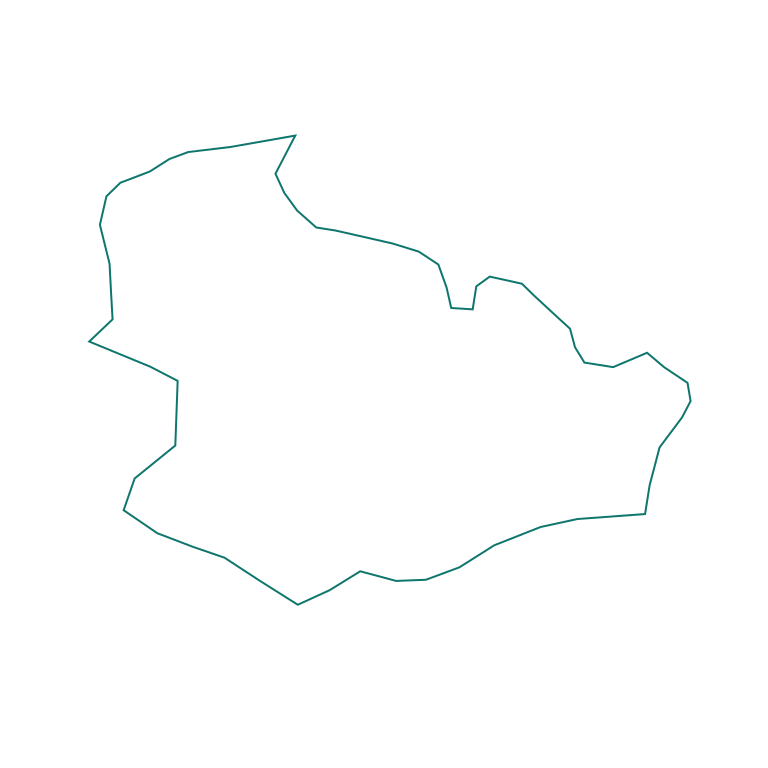 Gijang-gun, South Gyeongsang, South Korea, rotated 279°
{"feature_id": "91817680B54012703126739", "entity_name": "Gijang-gun", "entity_type": "district", "adm_level": 2, "iso_a3": "KOR", "parent_name": "South Korea", "parent_adm1": "South Gyeongsang", "projection": "mercator", "projection_center": [129.209, 35.283], "detail": "fine", "context": "isolated", "style": "outline", "palette": "teal", "viewbox_px": 768, "rotation_deg": 279, "n_neighbors": 0, "source": "geoboundaries", "source_scale": "gbopen_adm2", "svg_char_len": 903}
<svg xmlns="http://www.w3.org/2000/svg" viewBox="0 0 768 768"><g transform="rotate(279 384 384)"><path d="M379.8,86.2L364.5,150.5L354.8,179.7L290.6,187.5L251.7,152.5L218.6,146.6L201.1,183.6L193.3,220.6L187.5,253.6L170.0,292.6L158.0,320.5L152.5,333.4L171.9,362.6L195.3,389.8L191.4,426.8L197.2,456.0L214.7,487.1L229.7,504.2L242.0,518.2L267.3,561.1L280.9,596.1L296.4,662.2L325.6,662.2L364.5,666.1L397.6,683.6L413.7,689.0L415.1,689.5L432.6,683.6L444.3,658.3L456.0,638.9L436.5,607.7L436.5,578.6L450.2,566.9L467.7,559.1L475.4,547.4L494.9,518.2L504.6,504.6L506.6,471.6L494.9,459.9L471.6,459.9L469.6,438.5L489.1,430.7L510.5,419.0L520.2,397.6L524.1,370.4L528.0,312.0L528.0,292.6L541.6,271.2L557.2,255.6L574.7,243.9L615.5,257.5L594.1,195.3L582.5,154.4L572.7,136.9L557.2,119.4L541.6,92.2L526.0,80.5L496.8,78.5L459.9,94.1L432.6,99.9L405.4,105.8L379.8,86.2Z" fill="none" stroke="#0f766e" stroke-width="2"/></g></svg>